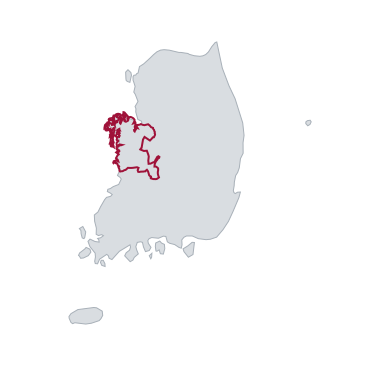 where South Chungcheong sits in South Korea, rotated 11°
{"feature_id": "KOR-2502", "entity_name": "South Chungcheong", "entity_type": "Province", "adm_level": 1, "iso_a3": "KOR", "parent_name": "South Korea", "parent_adm1": "", "projection": "equal_earth", "projection_center": [126.614, 36.518], "detail": "fine", "context": "in_parent", "style": "outline", "palette": "rose", "viewbox_px": 384, "rotation_deg": 11, "n_neighbors": 0, "source": "natural_earth", "source_scale": "10m", "svg_char_len": 9222}
<svg xmlns="http://www.w3.org/2000/svg" viewBox="0 0 384 384"><g transform="rotate(11 192 192)"><path d="M115.1,86.4L116.4,85.4L116.4,83.9L116.5,78.9L120.1,75.5L125.3,68.5L127.9,64.7L130.8,61.1L134.1,58.7L137.5,57.6L142.7,57.1L152.6,57.5L154.6,57.1L161.5,56.8L163.2,57.4L168.2,57.8L173.8,57.3L176.6,56.3L179.2,54.5L181.4,51.4L183.7,45.5L186.2,40.9L187.7,40.0L198.1,64.6L208.0,80.6L216.5,92.2L228.6,114.5L232.3,126.5L232.7,133.9L234.8,144.2L233.2,150.0L233.8,159.3L233.1,164.1L231.7,167.6L231.7,174.3L232.2,177.9L232.3,182.7L233.3,184.6L234.7,185.3L236.8,183.5L239.5,182.8L239.1,188.6L236.0,203.2L233.4,213.8L229.6,223.1L224.8,231.6L219.0,234.9L214.9,236.1L207.1,236.6L200.6,235.1L195.0,236.2L192.7,238.0L191.1,241.0L192.3,245.7L192.2,249.2L189.8,248.9L185.0,246.9L179.8,246.6L177.3,245.6L174.8,240.6L172.3,240.8L167.9,243.8L161.1,244.4L158.8,246.0L157.9,248.1L158.9,250.7L162.3,254.2L161.2,257.6L157.7,259.4L154.8,255.1L153.0,250.9L151.0,250.7L147.9,251.9L147.3,256.4L148.8,259.5L151.1,263.0L147.8,267.2L147.0,270.1L144.6,272.2L138.1,267.5L139.0,264.2L141.8,261.0L142.2,257.7L141.2,255.7L132.0,264.1L126.3,273.6L123.3,272.9L122.0,270.5L120.2,269.5L114.1,275.6L113.0,280.5L110.7,280.7L109.7,278.6L109.6,274.2L108.6,270.5L102.2,265.1L99.3,260.3L100.9,257.7L106.2,259.1L110.4,258.9L109.6,256.7L108.2,255.6L111.0,254.4L113.4,251.8L111.4,251.1L108.5,252.6L106.0,251.8L105.0,245.7L102.0,239.3L100.5,233.2L103.5,229.6L105.0,224.1L107.7,216.2L109.1,213.6L112.9,211.8L114.2,209.7L112.2,208.7L108.8,207.7L108.9,205.4L111.2,204.2L113.7,201.7L118.6,198.6L120.1,192.8L118.7,191.4L115.7,190.0L116.3,187.1L117.6,184.8L117.1,183.5L113.5,179.7L111.1,176.3L111.8,172.4L111.3,166.5L111.6,161.6L111.5,158.9L109.7,152.9L108.9,146.8L106.6,147.7L104.7,149.2L98.1,147.1L96.0,147.0L95.1,142.5L97.5,137.0L103.2,132.1L106.4,131.5L108.9,129.4L112.7,128.7L117.3,132.0L121.4,132.7L123.7,138.4L125.1,139.6L125.4,137.5L128.7,135.0L129.5,133.2L128.8,132.1L125.0,131.1L121.5,124.1L121.1,121.0L119.8,119.0L121.7,113.4L117.7,107.0L115.8,105.0L116.0,99.2L114.0,95.5L112.8,93.5L112.1,90.0L112.7,88.5L114.5,87.9L115.1,86.4ZM101.9,342.7L100.0,344.0L98.2,343.2L97.7,342.6L95.5,339.4L95.0,337.7L96.4,334.5L102.4,329.2L117.7,324.1L120.5,323.9L126.6,326.1L127.9,330.2L126.8,333.7L125.4,336.0L118.3,340.0L112.9,341.9L101.9,342.7ZM204.9,253.2L200.9,256.7L195.5,252.1L194.1,249.5L198.2,245.7L201.7,241.4L204.0,241.1L204.9,253.2ZM176.1,252.8L175.7,258.4L172.7,258.6L170.8,255.1L168.9,256.8L167.9,256.8L166.4,252.4L166.1,249.0L169.7,246.3L171.8,247.9L174.9,248.7L176.1,252.8ZM98.0,277.5L95.3,278.3L93.7,276.4L92.7,275.9L93.3,273.3L97.7,268.3L98.6,266.6L102.7,267.6L104.2,270.3L102.3,274.3L98.0,277.5ZM110.3,88.9L110.1,96.2L107.8,95.9L106.2,95.2L105.6,93.7L104.0,87.0L105.8,84.2L109.2,86.4L110.3,88.9ZM95.4,257.1L94.8,258.4L93.0,258.0L91.1,254.1L90.3,251.0L88.4,249.4L91.4,246.7L95.3,251.5L95.4,257.1ZM105.9,158.1L105.4,161.7L102.6,159.3L101.8,151.4L104.6,153.7L105.9,158.1ZM294.9,103.2L293.0,104.9L290.7,103.2L290.4,101.5L291.6,100.0L294.3,99.0L295.6,100.4L294.9,103.2ZM120.2,279.0L120.9,281.7L117.4,281.2L115.6,278.6L115.9,276.4L117.9,276.0L120.2,279.0ZM164.8,263.6L164.3,265.4L162.2,262.7L164.3,259.8L164.8,263.6Z" fill="#d9dde1" stroke="#a8b0b8" stroke-width="1"/><path d="M122.6,183.0L121.8,183.3L120.9,183.9L120.2,184.6L119.4,185.0L118.4,185.2L117.6,185.6L116.9,185.3L116.7,184.9L116.6,184.4L116.4,183.7L116.1,183.1L115.3,182.1L115.0,181.4L115.6,180.9L115.3,180.5L114.2,180.1L113.2,178.3L112.5,178.0L111.9,178.3L111.6,178.3L111.6,177.7L110.7,177.0L109.8,177.2L109.6,178.2L109.4,178.6L109.1,178.3L109.3,176.7L110.7,175.9L112.0,175.5L113.8,176.0L113.2,174.9L112.8,174.5L112.3,174.1L112.1,174.0L111.7,174.2L111.2,173.7L110.9,173.3L111.8,170.7L112.3,169.6L112.9,169.1L112.4,168.5L110.6,167.9L110.0,167.6L110.6,166.9L112.5,166.5L112.9,165.9L112.6,165.1L112.0,164.9L110.6,164.9L110.3,164.7L109.8,164.1L109.5,163.7L109.5,163.4L110.0,163.4L109.4,162.1L110.1,161.7L111.0,161.4L111.8,160.1L113.6,159.6L114.4,159.1L111.9,159.1L111.3,159.5L110.4,160.9L109.7,161.1L109.3,160.5L108.9,159.5L108.7,158.4L108.7,157.8L109.6,156.7L110.0,156.0L109.9,155.7L109.1,156.1L108.7,155.7L108.4,155.5L108.2,155.4L108.0,154.9L108.2,154.4L108.1,153.9L107.9,153.0L107.7,152.6L107.6,152.3L108.2,152.3L109.1,151.9L109.9,151.9L110.0,151.2L110.3,150.6L109.9,150.1L109.4,150.0L108.7,149.3L109.2,148.7L109.8,148.1L109.4,147.4L108.4,147.2L108.2,146.2L108.5,145.6L109.5,145.4L108.9,144.7L108.7,144.4L108.6,143.9L108.2,144.2L107.6,144.9L107.0,145.2L106.8,145.6L106.8,146.0L107.1,146.5L107.2,147.4L106.9,148.5L107.1,150.0L106.6,151.2L106.2,151.7L105.5,151.1L104.6,151.0L103.8,150.5L104.0,147.4L104.3,146.4L103.8,146.1L103.9,144.7L103.5,144.1L102.8,144.2L102.4,145.0L102.3,145.9L102.0,146.5L101.1,146.5L101.5,147.4L102.2,148.7L102.5,149.6L102.0,150.0L102.1,150.5L102.8,151.5L102.2,151.7L101.6,152.0L101.2,152.5L100.8,153.0L100.8,152.6L100.7,152.2L100.7,151.8L100.5,151.5L101.1,150.2L99.9,148.0L100.2,146.9L99.9,145.4L99.1,145.9L98.0,147.3L97.2,147.7L96.7,147.8L96.3,148.0L95.8,148.0L95.3,147.7L95.0,146.9L95.0,146.4L95.2,146.2L96.9,146.2L97.4,145.8L97.3,145.0L96.9,144.1L96.2,143.8L95.6,143.6L95.0,143.1L94.8,143.8L94.7,145.2L94.4,145.8L93.9,146.3L93.8,145.8L93.8,144.4L93.8,143.1L93.9,142.7L95.0,141.2L95.2,140.7L95.3,140.0L95.5,140.6L95.7,141.1L95.9,141.5L96.2,142.0L96.4,141.7L96.7,141.8L97.3,142.0L96.9,141.3L96.5,140.4L97.7,140.8L98.2,140.7L98.5,140.0L97.4,139.9L96.7,139.6L96.7,138.9L97.4,137.7L96.4,136.9L96.5,136.1L97.2,135.5L98.2,135.1L98.0,136.5L98.1,136.9L98.6,137.0L99.7,137.0L100.0,136.8L100.2,136.3L100.3,135.0L100.2,133.3L100.4,131.9L101.4,131.6L101.3,132.4L101.3,133.6L101.5,134.8L102.0,136.3L101.7,136.8L101.3,137.3L101.1,137.7L101.1,138.3L101.3,139.1L101.4,139.3L101.2,139.6L100.2,140.2L100.3,140.7L100.4,141.2L100.6,141.5L100.9,141.4L101.6,140.7L102.2,140.7L103.4,141.5L102.5,139.5L102.2,138.3L102.7,137.7L103.3,138.7L103.8,139.0L104.0,138.3L104.1,138.2L104.6,138.0L105.4,137.7L105.4,137.4L105.1,137.3L104.3,137.0L104.3,136.6L105.3,136.4L105.9,135.4L106.0,134.1L105.7,133.2L105.3,133.1L104.2,133.0L103.7,132.8L103.3,132.3L103.1,131.8L103.4,131.6L104.0,132.0L104.2,131.2L103.9,130.7L103.3,130.5L102.5,130.5L102.8,130.1L103.3,129.8L103.7,129.7L104.1,130.0L104.5,130.3L104.9,130.4L105.0,130.2L104.8,129.8L104.8,129.3L106.4,129.3L107.1,129.6L107.5,130.3L107.2,130.8L106.8,131.3L106.6,131.9L106.9,132.8L107.2,132.4L107.7,132.1L108.1,132.1L108.3,132.6L108.3,133.0L108.5,133.4L108.6,133.7L108.1,134.4L108.0,134.7L108.0,137.2L108.1,137.9L108.4,138.4L108.8,138.6L108.9,138.3L109.1,137.0L109.8,134.3L110.0,133.0L110.2,132.7L110.8,133.1L111.5,133.9L111.8,134.5L112.0,135.1L112.3,135.4L112.9,135.5L112.9,135.1L112.6,134.7L112.2,133.6L111.9,133.0L109.3,130.1L109.2,130.0L109.3,129.4L109.7,129.4L110.1,129.9L110.8,130.7L111.1,131.1L111.6,131.3L112.1,131.3L112.5,131.0L112.5,130.7L112.2,130.3L111.6,130.1L110.8,129.7L110.0,128.9L109.6,127.6L109.5,126.7L110.2,126.7L110.9,127.0L111.5,127.6L113.2,128.8L113.5,129.2L114.1,129.6L114.7,130.0L115.2,130.8L115.0,131.5L114.6,132.0L114.6,132.4L115.1,133.3L115.1,133.8L115.0,134.7L115.4,134.4L115.6,134.0L115.7,133.5L115.6,132.1L115.7,131.7L116.4,130.4L117.1,130.1L117.7,130.1L118.5,130.2L119.3,130.5L120.3,130.8L121.0,131.3L121.9,132.2L122.0,133.4L121.3,135.8L121.8,135.5L122.6,134.4L123.0,134.3L123.3,134.8L123.5,135.6L123.6,137.2L123.6,137.5L123.4,138.3L123.3,138.7L123.4,139.2L123.8,139.9L124.2,141.6L124.0,142.1L123.3,142.3L123.5,142.8L123.6,143.1L123.9,143.3L124.2,143.5L124.5,142.2L124.9,141.5L125.1,140.7L124.7,139.3L125.6,139.6L126.5,139.7L125.0,138.0L124.6,137.0L125.5,136.6L126.2,136.5L128.1,135.7L128.9,135.1L130.9,135.5L132.5,135.5L136.0,133.9L137.8,134.8L139.5,136.2L141.5,136.5L141.8,137.4L142.3,137.9L142.9,138.3L143.6,139.8L144.1,140.2L144.1,141.4L144.4,141.7L144.7,142.3L144.8,142.9L144.7,143.5L144.5,144.1L144.3,145.2L144.1,145.6L143.7,145.7L143.3,145.7L143.0,146.1L142.1,147.7L140.9,149.5L134.9,147.0L133.9,149.9L134.1,158.3L133.5,159.0L133.1,160.1L136.9,160.9L139.8,160.1L142.1,163.9L142.8,165.5L143.1,169.5L144.0,172.6L146.0,172.0L147.9,170.5L148.5,170.3L149.6,169.3L150.2,166.9L150.7,166.0L150.9,164.7L151.5,163.9L152.2,163.3L152.8,163.6L153.3,163.8L153.2,164.8L152.5,165.3L152.0,166.2L151.7,167.1L150.7,168.9L150.2,171.1L150.1,172.6L150.3,174.2L151.6,173.9L152.9,174.4L154.2,175.2L154.6,176.9L154.6,178.8L155.0,180.7L155.8,182.4L156.8,184.0L155.8,185.1L154.8,186.0L153.5,186.4L152.3,186.5L151.4,186.7L148.9,186.4L148.7,185.9L149.0,185.3L148.8,184.7L148.2,184.6L146.8,183.8L144.9,180.1L143.5,178.8L142.8,179.6L142.3,180.6L141.4,180.8L140.2,181.3L137.8,181.8L136.7,182.3L135.4,182.5L134.5,181.0L134.9,178.5L133.3,178.2L128.9,179.7L126.6,180.2L124.5,180.5L122.6,183.0ZM105.4,160.0L105.7,161.0L106.3,161.9L106.6,162.8L106.2,162.6L104.3,162.7L103.7,162.6L103.6,161.8L103.8,161.5L104.1,161.2L104.3,160.7L103.2,161.3L102.8,161.1L102.9,160.3L103.7,159.1L103.4,158.8L102.8,159.5L102.6,159.0L102.2,159.3L102.4,157.9L102.2,155.9L102.0,154.6L101.6,153.1L102.0,152.6L102.7,151.8L103.5,151.6L104.1,152.5L104.2,152.9L104.0,153.3L103.7,153.5L103.7,153.9L104.4,155.6L104.5,156.2L104.3,156.6L104.6,157.0L105.0,157.3L105.4,158.0L104.5,158.0L104.5,158.4L104.8,158.4L105.4,158.8L105.3,159.4L105.4,160.0Z" fill="none" stroke="#9f1239" stroke-width="2"/></g></svg>